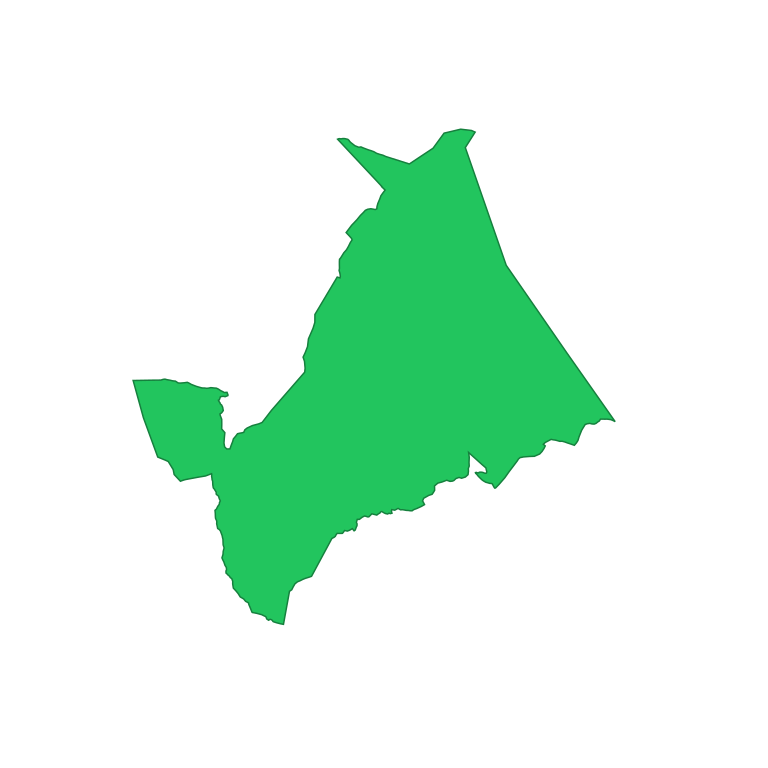 the district of Santo Domingo Ozolotepec, Oaxaca, Mexico, rotated 300°
{"feature_id": "50627088B93976403698090", "entity_name": "Santo Domingo Ozolotepec", "entity_type": "district", "adm_level": 2, "iso_a3": "MEX", "parent_name": "Mexico", "parent_adm1": "Oaxaca", "projection": "orthographic", "projection_center": [-96.329, 16.176], "detail": "fine", "context": "isolated", "style": "filled", "palette": "green", "viewbox_px": 768, "rotation_deg": 300, "n_neighbors": 0, "source": "geoboundaries", "source_scale": "gbopen_adm2", "svg_char_len": 5343}
<svg xmlns="http://www.w3.org/2000/svg" viewBox="0 0 768 768"><g transform="rotate(300 384 384)"><path d="M572.8,221.4L554.0,283.3L553.7,283.3L552.5,288.0L548.7,287.5L545.5,287.2L542.2,287.8L537.3,288.4L534.2,289.2L532.1,290.2L530.7,289.2L530.1,287.4L529.2,285.0L527.2,282.5L525.1,281.0L521.9,280.3L518.3,279.3L512.7,278.4L505.3,276.6L496.2,275.5L495.3,278.6L493.8,283.2L492.8,284.3L489.7,284.1L485.5,284.4L481.5,284.4L477.5,283.6L474.1,283.5L471.3,283.4L469.8,283.1L467.8,284.1L465.2,285.6L461.9,287.6L459.8,288.4L458.0,290.3L456.7,291.4L455.3,292.4L453.9,292.8L453.2,290.0L409.7,289.4L402.8,293.3L396.7,294.7L385.3,296.0L378.1,299.1L371.6,300.1L366.8,300.5L363.9,303.8L358.2,307.8L354.6,309.4L304.9,299.7L289.8,297.7L286.9,295.5L282.2,290.8L279.9,289.2L277.5,287.5L274.8,286.4L272.0,286.7L270.7,285.4L269.3,283.7L267.7,282.0L264.5,281.6L261.2,281.0L258.5,281.7L254.5,282.3L253.0,282.6L250.7,283.0L249.1,280.2L249.9,277.4L252.9,274.9L257.9,272.5L262.3,270.5L263.9,265.9L268.1,263.6L272.3,261.1L274.9,257.9L276.0,256.9L277.8,257.8L280.6,258.1L283.2,255.9L284.6,253.9L284.9,252.2L285.7,251.4L286.6,249.3L287.2,248.7L287.9,249.3L291.2,248.7L292.9,250.8L293.6,252.8L295.9,254.6L296.6,254.3L298.3,252.2L296.7,249.8L296.8,248.4L296.6,245.8L296.8,243.1L296.6,240.9L295.8,239.3L294.3,235.9L292.7,234.1L291.6,232.6L290.9,230.8L289.6,228.4L288.6,224.6L288.1,222.5L287.3,217.3L287.3,214.7L287.1,212.8L285.2,210.4L282.8,206.9L282.0,205.2L282.2,201.9L281.1,199.5L280.3,196.8L279.3,194.1L278.7,191.9L277.6,190.4L275.8,188.8L273.4,184.7L271.5,181.5L261.6,165.0L234.5,192.5L207.6,224.6L208.7,232.7L209.0,235.9L204.5,244.2L200.7,247.5L198.0,256.3L200.6,258.5L202.1,260.0L210.5,269.8L215.1,275.4L220.1,279.5L219.1,280.3L218.1,280.7L216.4,282.1L215.1,283.0L214.5,283.8L214.0,284.3L211.0,286.2L208.7,288.1L208.0,289.9L207.4,290.9L206.6,292.5L205.9,293.1L204.9,293.6L204.5,294.2L204.4,295.6L204.1,296.8L202.2,298.8L201.4,300.0L200.9,300.7L200.6,300.7L199.0,300.8L197.5,301.5L195.0,301.2L191.8,301.4L190.1,300.8L187.7,302.5L184.5,304.5L183.3,305.4L182.0,307.3L180.9,308.2L179.4,308.9L175.7,312.2L175.6,314.1L175.0,315.7L171.7,319.7L170.5,320.7L169.1,322.1L164.3,325.1L162.1,327.5L158.7,328.4L156.7,329.4L155.8,329.8L152.4,330.6L151.1,332.3L149.9,334.2L147.5,336.9L146.2,339.3L144.2,340.6L143.1,340.6L141.3,341.7L140.9,343.5L140.5,344.6L140.4,345.9L139.5,347.7L139.3,349.5L137.4,351.7L135.2,352.9L131.9,355.6L130.8,359.2L129.6,362.4L127.7,366.0L127.7,369.9L126.6,372.8L126.7,376.0L125.3,377.4L122.8,380.7L120.4,383.7L120.3,384.3L120.8,385.6L121.8,388.6L123.1,393.5L123.2,395.5L123.4,397.6L123.2,398.3L122.8,398.9L122.2,399.5L121.9,399.9L121.7,402.2L121.9,402.4L122.2,402.4L122.5,402.3L123.3,403.1L123.6,404.5L123.3,405.7L122.9,406.5L122.8,407.0L123.5,410.3L124.6,414.3L125.6,417.1L157.2,405.8L159.7,407.0L162.5,406.8L166.4,406.8L169.5,408.0L171.5,409.6L174.4,411.5L176.4,413.1L178.9,415.4L181.2,417.4L224.2,416.1L226.2,417.4L227.7,418.0L229.4,417.9L231.2,418.1L232.2,419.9L232.6,420.6L233.9,422.7L235.8,423.0L237.4,423.1L238.3,425.8L240.1,427.3L242.9,428.9L241.9,431.5L243.2,432.1L246.5,431.5L247.7,431.5L249.4,430.6L250.3,429.3L253.4,428.5L254.5,430.4L257.7,431.7L259.9,433.1L260.4,434.5L260.7,436.2L261.4,437.3L265.5,438.4L265.9,439.9L266.3,441.2L266.9,443.3L268.6,444.0L270.3,445.0L271.5,445.0L272.5,445.9L272.4,448.0L272.5,449.9L273.2,452.1L274.6,453.0L274.9,454.3L276.1,455.5L277.6,454.0L279.1,453.5L279.5,454.7L280.1,456.4L283.3,458.4L283.3,461.2L284.4,462.9L284.9,464.2L285.7,466.5L286.7,468.4L287.2,469.8L288.2,471.7L290.1,472.6L292.5,474.6L296.7,477.6L299.8,479.4L301.4,477.0L301.9,475.9L304.9,475.5L310.0,478.5L312.5,480.8L314.6,481.0L317.3,481.0L321.0,478.7L325.1,480.2L328.3,483.4L332.0,486.4L332.7,489.9L334.2,491.9L335.4,492.8L338.1,493.6L340.6,495.7L341.2,498.3L344.1,501.0L347.5,502.1L350.8,500.7L352.9,499.3L355.6,498.8L358.5,496.9L363.1,494.5L367.0,491.5L363.3,508.9L362.3,514.2L361.5,514.9L360.6,515.7L359.8,516.6L358.7,517.1L357.8,517.1L357.1,515.9L357.0,514.5L356.6,513.0L356.0,511.8L355.2,510.6L354.4,510.4L353.8,509.3L353.6,508.1L353.0,507.5L352.5,508.0L352.1,509.7L351.2,511.9L350.8,513.5L350.4,515.0L349.9,517.2L349.8,519.1L349.8,521.2L350.4,523.5L350.8,525.3L351.4,526.4L351.7,527.6L351.1,528.6L350.8,529.0L350.4,529.7L350.0,530.3L349.6,531.0L349.2,531.9L349.7,532.6L354.9,533.9L363.2,535.5L370.8,536.2L377.8,537.1L384.3,537.9L386.1,537.9L388.2,538.6L390.6,541.3L394.1,546.4L396.6,550.4L401.2,553.8L404.6,554.6L408.1,554.8L411.0,554.6L411.5,552.1L414.0,552.9L419.6,556.4L420.2,558.3L421.1,560.5L421.7,562.7L422.2,564.8L423.5,566.9L424.2,569.6L424.7,572.5L425.1,574.3L426.1,579.5L429.3,580.1L432.1,580.2L435.9,579.3L439.3,578.8L442.9,578.3L447.2,578.4L449.5,578.5L451.1,579.8L452.8,581.9L453.4,584.1L454.4,586.1L455.9,587.3L458.0,588.1L459.7,589.0L461.8,589.0L462.9,590.9L464.0,592.9L465.1,594.7L465.9,596.6L466.6,598.4L466.9,600.8L467.0,603.0L502.4,526.7L547.9,430.5L629.4,336.2L647.7,337.0L647.3,333.0L643.0,323.0L635.7,315.3L631.3,310.6L612.7,308.6L587.2,295.9L581.9,271.8L581.6,268.6L580.8,265.7L580.1,262.3L580.1,259.0L579.5,255.7L579.0,253.6L578.7,251.8L578.1,248.1L577.8,245.5L576.4,243.8L576.1,241.6L575.8,239.8L576.2,236.8L576.5,234.6L576.9,233.1L577.5,231.8L577.8,230.3L577.4,229.0L577.0,227.6L576.6,226.7L575.9,225.5L574.8,224.2L574.2,222.7L573.7,222.1L572.8,221.4Z" fill="#22c55e" stroke="#15803d" stroke-width="1.5"/></g></svg>